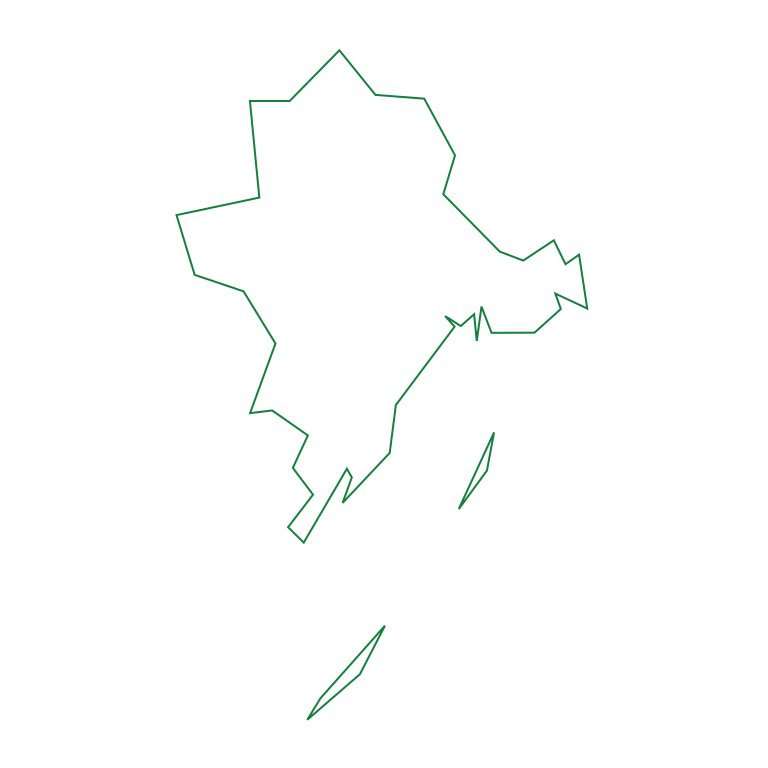 SVG path tracing the border of Šibensko-Kninska, rotated 269°
{"feature_id": "HRV-1491", "entity_name": "Šibensko-Kninska", "entity_type": "County", "adm_level": 1, "iso_a3": "HRV", "parent_name": "Croatia", "parent_adm1": "", "projection": "orthographic", "projection_center": [15.941, 43.766], "detail": "coarse", "context": "isolated", "style": "outline", "palette": "green", "viewbox_px": 768, "rotation_deg": 269, "n_neighbors": 0, "source": "natural_earth", "source_scale": "10m", "svg_char_len": 764}
<svg xmlns="http://www.w3.org/2000/svg" viewBox="0 0 768 768"><g transform="rotate(269 384 384)"><path d="M509.9,581.3L455.9,588.5L471.4,556.9L455.9,562.1L432.7,535.4L433.3,492.4L459.7,482.8L425.4,477.5L452.2,475.3L440.6,461.8L450.8,446.3L440.1,455.6L362.8,395.5L315.0,388.5L265.8,340.5L291.1,350.2L299.9,345.4L226.8,301.0L242.5,285.6L274.6,311.1L301.7,291.4L333.9,307.0L359.5,271.7L357.2,249.6L426.4,276.2L479.1,245.2L496.4,196.6L556.5,179.5L572.6,262.6L669.3,254.9L668.6,294.6L718.4,345.2L673.2,380.5L668.6,429.2L611.4,459.0L572.7,446.6L514.3,502.1L505.0,525.4L524.7,556.3L500.6,567.6L509.9,581.3ZM49.6,301.4L70.9,315.0L142.3,380.7L94.2,354.8L49.6,301.4ZM257.7,456.6L333.7,493.2L295.6,485.4L257.7,456.6Z" fill="none" stroke="#15803d" stroke-width="2"/></g></svg>